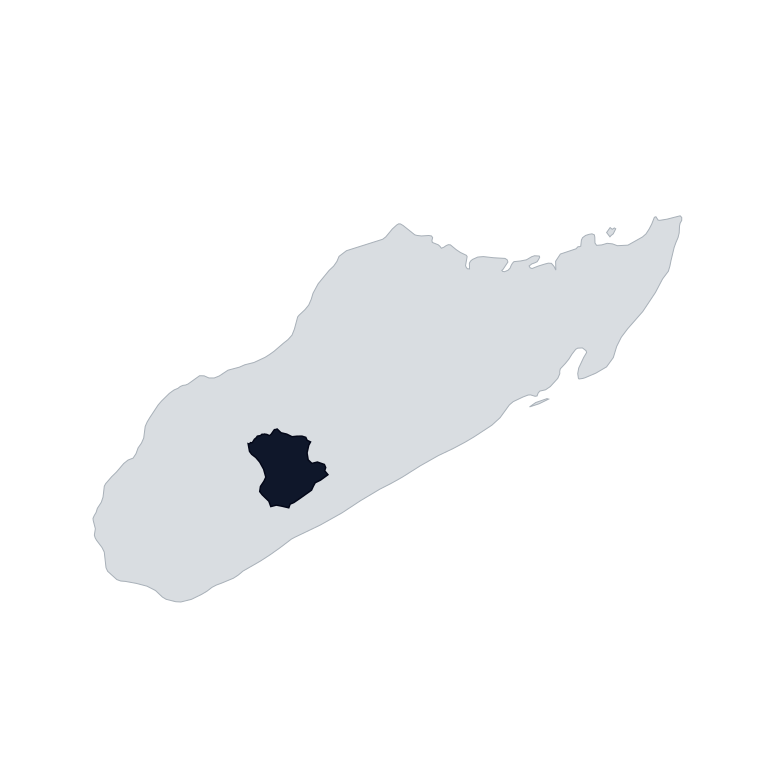 Haute Matsiatra on a map of Madagascar (Natural Earth projection), rotated 44°
{"feature_id": "MDG-5873", "entity_name": "Haute Matsiatra", "entity_type": "Autonomous Province", "adm_level": 1, "iso_a3": "MDG", "parent_name": "Madagascar", "parent_adm1": "", "projection": "natural_earth1", "projection_center": [46.02, -21.511], "detail": "fine", "context": "in_parent", "style": "filled", "palette": "ink", "viewbox_px": 768, "rotation_deg": 44, "n_neighbors": 0, "source": "natural_earth", "source_scale": "10m", "svg_char_len": 4726}
<svg xmlns="http://www.w3.org/2000/svg" viewBox="0 0 768 768"><g transform="rotate(44 384 384)"><path d="M493.8,74.4L495.7,79.4L497.9,84.3L504.8,96.0L507.7,100.5L510.2,105.3L511.4,114.9L515.7,129.7L519.8,152.1L520.9,175.0L522.2,185.5L525.3,195.4L530.6,205.7L532.2,217.1L528.9,228.9L524.2,240.0L523.0,242.1L520.8,244.9L519.8,244.8L516.1,241.9L513.0,237.3L509.2,226.2L507.9,220.6L506.2,219.7L501.7,220.2L498.4,223.7L497.8,225.9L498.5,232.1L499.7,237.7L500.2,243.4L500.3,250.6L501.5,252.7L503.3,254.5L505.1,259.2L505.4,270.4L504.2,276.0L501.0,280.9L501.2,283.5L502.4,286.3L501.2,287.9L497.0,290.0L495.3,291.9L493.0,296.8L489.2,306.9L488.7,312.0L490.9,327.6L490.2,338.7L485.4,359.9L482.6,370.0L478.7,382.0L472.8,397.8L466.9,417.7L461.9,438.2L458.2,450.5L454.0,462.7L448.2,484.1L443.3,505.9L436.1,529.8L426.2,556.5L425.1,560.0L423.0,573.7L420.8,585.5L418.1,597.2L412.5,616.6L411.9,622.6L410.6,628.3L405.3,640.5L403.1,645.0L401.5,649.8L400.6,655.9L399.0,661.8L395.1,672.6L389.3,681.9L385.4,685.3L376.9,690.2L372.6,691.2L363.1,691.3L353.9,694.1L344.3,699.5L335.0,705.7L331.5,708.6L327.6,710.3L315.4,710.7L311.7,709.3L299.5,699.2L294.7,697.5L285.8,696.1L283.1,695.3L280.6,693.9L276.9,688.6L269.7,684.2L268.0,682.8L266.9,679.7L266.1,676.3L264.2,672.6L262.8,665.5L260.5,660.6L253.8,651.8L253.0,649.0L252.5,639.7L252.7,633.4L252.0,621.9L252.7,616.5L255.0,611.6L254.0,606.3L251.5,600.8L250.6,595.0L248.7,589.8L241.7,580.4L240.0,575.8L238.9,571.0L236.1,556.0L235.8,550.8L236.1,539.8L237.1,534.2L238.8,530.2L239.2,527.3L240.3,524.7L241.9,522.7L243.0,520.3L245.6,506.2L248.9,503.1L253.8,501.3L257.7,497.6L259.9,492.7L262.2,482.4L268.3,472.3L270.5,466.9L275.5,458.9L279.9,447.5L281.2,442.2L282.2,436.7L283.3,424.7L284.1,418.7L283.9,412.8L281.4,406.7L275.3,395.7L275.1,393.6L275.5,385.4L275.0,379.5L272.8,373.6L269.9,368.0L267.0,357.6L265.6,340.4L265.9,334.2L265.0,328.6L263.0,323.4L264.4,314.2L282.5,280.8L283.1,276.9L282.3,266.7L282.7,260.8L283.3,258.6L284.7,257.4L287.8,256.7L302.5,255.3L304.4,254.3L308.1,251.5L313.1,246.0L315.4,244.5L317.4,245.0L318.7,247.4L320.4,248.6L326.3,246.2L328.6,246.1L330.9,246.5L332.0,244.2L332.6,241.2L333.5,239.1L335.1,237.8L342.7,237.2L347.6,236.3L353.9,234.2L355.3,234.6L360.4,242.2L361.9,242.9L363.9,243.2L365.6,241.8L361.5,237.8L360.9,235.6L361.1,233.0L363.3,227.5L367.0,223.3L375.2,217.0L383.8,209.6L386.3,209.1L388.4,210.2L390.0,218.9L389.8,220.4L391.1,220.6L392.7,219.5L394.2,216.0L394.2,213.1L393.1,210.3L392.5,207.9L392.5,205.7L396.8,200.6L400.2,195.7L401.8,189.9L403.2,187.2L406.8,184.1L407.9,184.6L408.7,187.1L409.2,189.7L408.2,192.3L406.9,194.9L406.4,198.3L408.4,198.9L410.3,198.1L413.1,191.9L416.3,186.1L418.2,183.0L420.6,180.9L424.6,181.3L428.5,182.7L422.2,176.5L420.6,168.0L428.2,153.4L428.2,150.4L429.3,149.4L429.8,148.2L426.0,143.3L425.2,140.8L425.8,137.1L427.6,133.8L429.3,131.5L431.7,130.6L433.6,131.9L437.8,136.0L440.6,136.6L444.0,132.7L446.8,127.8L451.0,124.5L455.8,122.4L463.0,114.7L467.8,98.7L468.2,94.0L467.1,88.4L465.5,83.0L462.7,76.3L463.4,74.8L467.4,75.7L468.7,74.7L473.1,68.8L480.2,57.3L482.5,57.4L484.5,59.5L485.3,62.6L486.7,64.9L491.4,70.3L493.8,74.4ZM444.2,119.4L444.3,121.2L438.9,120.4L438.0,114.4L440.7,114.2L441.3,111.7L442.9,111.4L444.6,116.8L444.2,119.4ZM509.3,290.5L504.6,299.4L506.0,292.0L511.4,281.3L512.9,280.5L509.3,290.5Z" fill="#d9dde1" stroke="#a8b0b8" stroke-width="1"/><path d="M337.7,526.5L334.1,525.9L327.7,521.3L328.1,521.1L328.4,521.0L328.5,520.9L328.7,520.7L328.8,520.5L328.8,520.3L328.8,519.7L328.7,519.2L328.7,518.9L328.8,518.7L329.6,518.3L329.7,518.1L329.8,517.9L329.9,517.6L329.9,517.3L329.9,517.1L329.2,513.9L329.2,513.6L329.2,513.3L329.4,512.2L329.4,511.9L329.4,511.3L329.2,510.0L329.1,509.7L329.2,509.4L329.3,509.2L330.8,507.2L331.0,506.8L331.0,506.5L331.1,506.2L331.0,505.3L331.1,505.1L331.2,504.9L331.3,504.7L331.5,504.6L332.0,504.4L332.3,504.1L332.4,503.6L332.5,503.4L332.7,503.2L332.8,503.0L333.0,502.9L333.3,502.9L333.5,502.8L333.6,502.6L333.8,502.4L333.9,502.2L334.3,502.0L334.9,501.6L335.3,501.5L335.5,501.4L335.9,501.2L336.7,501.1L337.0,501.0L337.2,500.9L337.3,500.8L337.4,500.6L337.5,500.3L337.6,500.1L337.7,498.9L337.7,498.3L336.9,493.3L336.9,493.1L337.0,492.8L337.1,492.6L337.6,492.2L337.8,491.8L338.4,490.6L343.8,490.6L348.9,487.6L354.5,485.8L357.6,482.1L361.2,478.5L364.8,476.7L367.8,477.9L371.4,476.7L372.4,480.3L376.5,487.0L382.1,491.2L387.3,491.2L390.3,486.4L397.0,483.3L400.1,484.6L401.6,487.6L406.7,488.2L405.1,497.3L403.1,502.8L404.1,506.4L405.6,510.7L403.0,524.6L401.5,531.9L399.9,535.6L401.5,539.2L395.3,542.9L390.7,545.9L387.7,550.8L382.6,548.3L378.5,548.3L373.4,548.3L369.3,547.7L366.3,543.5L365.2,537.4L363.7,533.1L356.6,528.9L348.9,526.5L342.8,525.9L337.7,526.5Z" fill="#0f172a" stroke="#020617" stroke-width="1.5"/></g></svg>